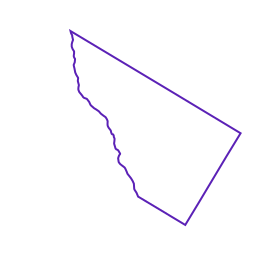 outline of Winona, Minnesota, United States of America, rotated 211°
{"feature_id": "52423323B34480475653148", "entity_name": "Winona", "entity_type": "district", "adm_level": 2, "iso_a3": "USA", "parent_name": "United States of America", "parent_adm1": "Minnesota", "projection": "robinson", "projection_center": [-91.574, 44.02], "detail": "fine", "context": "isolated", "style": "outline", "palette": "violet", "viewbox_px": 256, "rotation_deg": 211, "n_neighbors": 0, "source": "geoboundaries", "source_scale": "gbopen_adm2", "svg_char_len": 1335}
<svg xmlns="http://www.w3.org/2000/svg" viewBox="0 0 256 256"><g transform="rotate(211 128 128)"><path d="M28.8,181.5L115.8,181.6L227.2,181.5L225.5,179.8L224.1,179.0L223.5,178.6L222.9,177.7L220.5,175.2L220.0,172.7L219.4,170.8L218.1,168.7L216.2,167.2L213.7,165.9L212.7,164.3L211.7,162.0L211.3,161.4L210.3,160.6L209.1,160.0L208.9,159.8L207.5,156.9L207.1,154.3L206.6,153.5L204.5,151.4L201.8,148.4L199.5,146.8L196.8,145.4L196.4,145.0L195.6,143.2L195.2,142.4L192.3,139.6L192.0,139.0L191.9,138.8L191.6,137.7L190.8,136.1L190.2,135.2L188.9,134.2L188.2,133.7L184.0,132.2L182.4,131.4L181.2,131.2L178.7,131.7L178.1,131.7L174.6,130.3L172.8,129.0L171.6,128.3L167.3,127.5L164.9,127.5L161.6,127.3L158.6,126.3L155.1,125.9L153.4,125.8L152.7,125.7L150.4,124.5L149.0,123.4L147.5,120.7L146.6,119.5L145.8,118.9L144.6,118.2L142.5,117.4L141.4,116.9L140.1,115.5L138.9,114.6L138.3,114.5L137.6,114.8L137.3,114.7L136.5,114.3L135.4,112.9L134.2,112.1L133.6,111.2L132.6,109.1L132.1,107.9L131.7,107.3L128.1,104.0L127.0,103.7L125.7,103.9L124.7,103.7L121.6,102.0L121.4,101.6L121.5,99.8L121.1,97.8L120.8,96.9L118.7,94.3L118.6,94.2L118.1,93.8L115.9,93.0L110.6,92.4L109.4,91.8L106.4,89.7L104.9,88.5L99.4,86.4L96.6,84.9L94.3,83.3L91.3,79.0L90.5,78.4L87.4,76.9L84.0,74.4L29.0,74.4L28.9,101.1L29.0,154.6L28.8,181.5Z" fill="none" stroke="#5b21b6" stroke-width="2"/></g></svg>